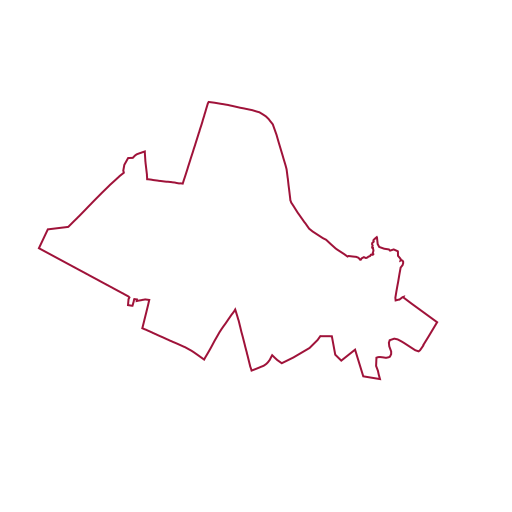 outline of As Sab'in, Amanat Al Asimah, Yemen, rotated 213°
{"feature_id": "15242507B25672196618476", "entity_name": "As Sab'in", "entity_type": "district", "adm_level": 2, "iso_a3": "YEM", "parent_name": "Yemen", "parent_adm1": "Amanat Al Asimah", "projection": "equal_earth", "projection_center": [44.204, 15.306], "detail": "fine", "context": "isolated", "style": "outline", "palette": "rose", "viewbox_px": 512, "rotation_deg": 213, "n_neighbors": 0, "source": "geoboundaries", "source_scale": "gbopen_adm2", "svg_char_len": 6084}
<svg xmlns="http://www.w3.org/2000/svg" viewBox="0 0 512 512"><g transform="rotate(213 256 256)"><path d="M278.0,138.9L273.9,139.6L272.6,139.8L268.0,140.5L267.1,140.6L266.5,140.8L265.6,140.9L262.7,141.1L258.5,141.4L257.7,141.4L257.3,141.4L256.9,141.4L255.8,141.4L253.0,141.3L252.5,141.3L243.1,140.9L243.3,143.2L243.5,148.1L243.6,150.0L243.8,153.5L244.1,157.3L244.2,158.3L244.6,162.9L244.6,163.3L244.9,168.9L245.1,172.0L245.1,175.5L245.1,176.1L245.0,179.3L244.8,182.6L244.7,186.8L244.7,187.4L244.7,187.7L244.6,190.5L244.6,191.4L244.5,194.1L244.4,194.6L244.2,197.7L244.3,199.8L243.9,199.5L239.7,196.0L238.5,195.0L236.8,193.5L235.4,192.4L232.5,189.7L231.9,189.1L230.8,188.1L226.6,184.1L225.9,183.5L223.1,181.0L221.8,179.8L216.7,175.1L216.1,174.5L213.9,172.5L213.7,172.3L211.0,169.9L210.7,169.5L209.1,168.1L201.3,160.8L200.7,160.2L199.9,159.6L198.7,158.7L197.3,157.5L197.0,157.9L194.6,161.2L193.0,163.5L192.5,164.2L191.6,165.6L191.0,166.4L189.8,168.1L188.8,170.5L188.4,171.8L188.3,172.5L188.1,173.4L188.1,173.8L188.0,174.6L188.0,175.3L187.9,176.1L187.9,176.4L188.3,180.1L188.4,181.6L187.4,181.4L184.9,180.9L181.4,180.3L180.9,180.3L176.0,180.1L169.4,191.2L161.0,208.0L158.6,219.1L158.4,223.8L148.7,230.0L148.4,229.7L135.8,216.4L127.5,214.7L121.9,231.4L115.1,225.7L100.5,213.5L85.0,220.3L87.8,222.8L88.6,223.5L90.4,225.3L91.2,226.1L95.4,229.2L99.6,236.3L98.5,237.7L97.0,238.8L94.2,240.2L91.5,241.4L89.6,243.3L88.9,244.4L89.0,245.7L89.2,247.3L90.6,249.5L95.0,252.8L97.3,255.6L98.0,258.2L95.0,262.0L91.8,263.2L87.4,263.6L84.2,263.7L79.8,263.7L71.2,263.7L67.7,264.6L67.1,266.3L66.9,272.1L67.2,272.4L67.4,281.6L68.0,298.5L68.0,299.1L79.2,299.7L99.8,300.8L109.7,301.5L109.9,301.5L110.0,302.1L110.7,301.2L112.0,297.5L112.6,297.1L114.7,294.8L116.4,296.9L118.9,302.6L121.3,308.3L122.6,311.5L125.7,318.6L128.4,325.1L128.1,328.2L128.7,330.2L129.6,331.5L130.7,331.9L131.7,331.7L132.3,330.8L132.5,331.4L132.8,332.1L134.3,332.7L137.0,333.5L138.1,335.1L139.3,336.9L139.7,337.2L144.1,336.5L146.5,333.5L148.1,333.9L152.5,331.9L157.6,330.7L160.5,332.3L161.2,333.2L164.3,337.0L164.5,337.3L165.0,337.6L165.6,335.8L165.6,335.4L165.8,335.0L166.1,333.5L166.1,333.3L165.8,332.6L165.2,332.3L165.1,331.7L165.6,330.3L165.3,329.5L165.2,329.2L164.8,328.9L164.6,328.7L164.1,328.5L163.9,328.4L163.7,328.1L163.5,326.8L163.3,326.5L163.0,326.2L162.7,326.1L162.2,326.4L162.0,326.1L160.6,324.7L160.1,323.6L159.7,322.1L159.4,321.8L158.9,321.6L158.6,321.5L158.6,321.0L158.8,320.6L159.2,320.3L160.1,320.0L160.4,319.6L160.3,318.2L160.5,317.8L161.3,316.8L161.5,316.4L161.7,315.5L162.2,314.8L162.6,314.3L162.9,314.1L164.9,313.8L165.3,313.1L165.4,312.8L166.0,311.8L166.1,311.6L166.1,311.1L166.1,310.3L166.1,310.0L166.6,309.6L167.5,309.9L169.2,310.3L170.7,310.0L171.4,309.9L174.5,308.3L178.4,306.4L178.7,305.8L178.9,305.4L181.2,305.5L182.9,305.6L184.7,305.6L190.8,305.6L191.5,305.6L193.6,305.7L194.0,305.8L194.7,305.9L200.4,306.8L206.0,307.8L207.1,307.7L208.6,307.5L208.8,307.5L209.7,307.4L212.6,307.4L217.3,307.4L220.5,307.4L221.9,307.4L222.9,307.5L225.8,307.8L226.2,307.8L229.7,309.2L232.4,310.3L234.0,310.8L243.2,314.5L243.8,314.7L245.0,315.2L245.4,315.4L249.1,317.1L251.9,318.4L255.6,320.0L256.7,320.9L257.5,321.4L258.6,322.8L264.2,329.5L267.6,333.5L268.0,334.0L271.6,338.4L272.0,338.8L277.0,344.7L277.4,345.1L277.5,345.3L279.9,347.5L281.4,348.8L286.6,353.2L287.6,354.1L288.9,355.2L290.2,356.3L293.5,359.1L298.8,363.6L300.3,364.9L304.9,368.9L305.7,369.5L312.5,374.7L313.5,375.5L314.9,376.0L317.7,376.9L319.8,377.7L322.2,378.2L323.9,378.5L324.3,378.5L325.7,378.5L327.5,378.5L330.6,378.4L331.4,378.4L334.2,377.5L336.0,377.0L337.4,376.6L338.5,376.3L339.3,376.0L339.8,375.8L341.8,375.0L343.4,374.4L344.1,374.1L346.5,373.2L348.4,372.4L350.3,371.6L350.9,371.4L357.5,369.0L359.8,368.1L361.8,367.4L363.8,366.5L366.2,365.5L367.9,364.7L369.5,364.0L372.8,362.6L374.4,361.9L379.6,359.4L379.5,357.8L378.4,354.0L377.7,351.6L376.9,349.0L376.1,346.1L375.9,345.7L374.7,341.3L374.1,339.5L373.0,335.6L371.9,331.4L371.2,329.2L371.0,328.2L370.2,325.4L367.7,316.4L367.6,316.2L366.5,311.9L365.6,308.8L365.1,306.9L363.6,301.3L363.4,300.7L361.5,293.7L360.9,291.7L359.2,285.5L358.3,282.1L358.1,281.2L357.1,277.6L356.9,276.8L357.2,276.7L358.9,275.8L360.2,274.9L362.6,273.9L364.1,273.4L366.4,272.2L367.7,271.7L367.9,271.5L369.6,270.7L371.0,269.9L371.6,269.5L373.2,268.7L374.9,267.9L377.4,266.7L377.7,266.5L378.5,266.1L379.5,265.7L383.4,263.8L385.4,263.0L387.5,262.0L389.1,261.1L390.6,263.2L391.1,263.8L391.5,264.4L391.8,264.9L392.0,265.1L395.5,269.3L398.9,273.4L399.1,273.6L400.0,274.8L400.4,275.2L401.1,276.2L405.3,281.8L406.2,283.1L407.8,281.1L408.6,280.0L409.5,278.9L409.8,278.5L411.0,276.9L411.3,276.5L411.8,275.4L412.2,274.3L412.8,271.2L416.6,268.5L416.1,260.9L416.0,260.5L415.5,259.4L414.6,257.2L413.8,255.3L412.4,254.1L412.2,253.8L413.2,250.9L413.8,249.1L414.0,248.4L414.1,247.9L414.4,246.6L414.6,246.1L414.7,245.5L416.8,237.6L417.2,236.1L417.5,234.6L419.7,224.8L421.2,217.6L422.0,213.7L423.6,205.6L424.3,201.9L426.1,192.9L426.4,191.7L426.7,190.1L427.6,186.2L429.3,178.2L429.6,177.9L436.2,172.4L444.2,165.7L445.1,165.0L442.3,144.3L340.9,152.6L340.1,152.4L339.6,152.3L339.4,150.8L339.4,150.6L339.4,150.3L339.2,150.0L336.6,145.1L335.4,145.6L335.1,145.8L333.6,146.4L332.5,147.0L333.0,148.7L333.5,150.2L333.6,150.7L333.7,151.0L334.5,153.0L334.6,153.6L334.1,153.8L333.6,154.0L333.3,154.2L332.2,154.7L331.5,153.3L330.0,154.8L329.1,155.6L327.8,156.8L327.4,157.3L327.0,157.6L325.2,159.3L324.9,159.4L324.7,159.5L323.9,159.9L321.6,161.0L319.6,155.5L318.1,151.2L317.7,150.0L317.6,149.8L316.2,145.7L315.4,143.4L315.1,142.5L314.7,141.3L314.6,141.1L313.5,137.9L312.0,133.5L310.4,133.8L310.0,133.8L307.9,134.3L307.7,134.3L307.0,134.4L305.6,134.6L304.5,134.8L303.1,135.0L302.4,135.1L301.3,135.3L300.8,135.3L300.1,135.4L299.2,135.6L298.8,135.6L298.2,135.7L297.9,135.8L295.5,136.1L294.2,136.3L292.3,136.6L292.0,136.7L291.0,136.8L290.8,136.9L289.5,137.1L287.3,137.4L287.0,137.5L286.5,137.5L284.7,137.8L284.2,137.9L283.4,138.0L281.8,138.2L281.3,138.3L281.0,138.4L280.5,138.5L279.6,138.6L278.2,138.8L278.0,138.9Z" fill="none" stroke="#9f1239" stroke-width="2"/></g></svg>